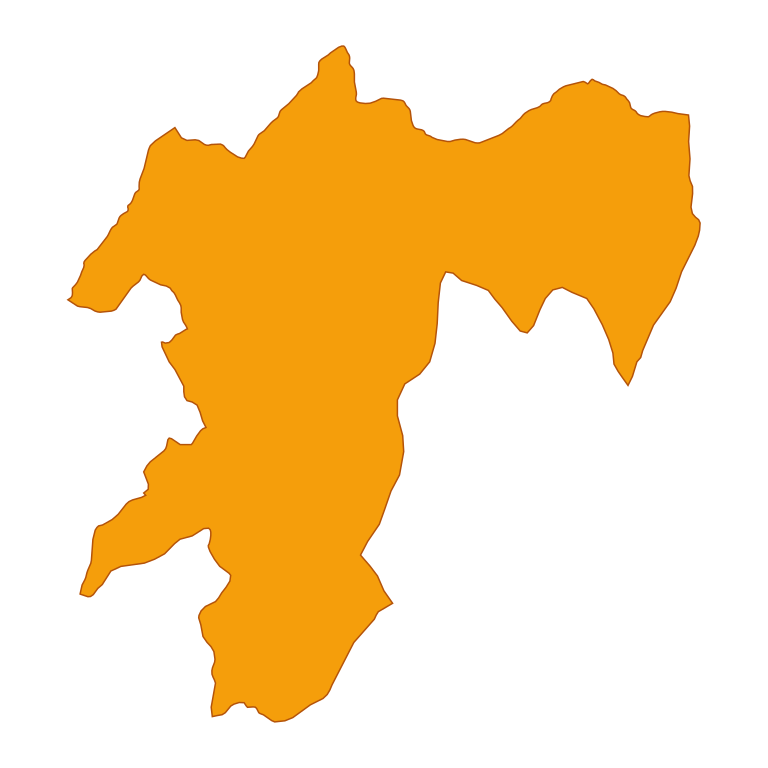 the Region of Pool
{"feature_id": "COG-3341", "entity_name": "Pool", "entity_type": "Region", "adm_level": 1, "iso_a3": "COG", "parent_name": "Republic of the Congo", "parent_adm1": "", "projection": "natural_earth1", "projection_center": [14.821, -3.811], "detail": "fine", "context": "isolated", "style": "filled", "palette": "amber", "viewbox_px": 768, "rotation_deg": 0, "n_neighbors": 0, "source": "natural_earth", "source_scale": "10m", "svg_char_len": 6013}
<svg xmlns="http://www.w3.org/2000/svg" viewBox="0 0 768 768"><path d="M688.5,115.0L689.6,126.1L688.6,141.5L690.0,158.9L688.9,175.6L690.1,180.7L692.5,186.5L692.6,193.6L691.0,207.1L692.4,213.6L695.5,217.2L698.6,219.7L700.1,223.0L699.6,230.2L698.3,236.0L694.8,245.3L681.6,271.7L676.1,288.2L670.2,301.7L653.5,325.1L642.7,350.5L640.7,357.5L636.9,361.8L632.4,376.5L628.0,385.4L622.5,377.7L618.2,371.5L614.0,364.1L612.9,353.0L608.7,339.5L602.3,324.7L593.8,308.7L586.8,298.5L571.9,292.3L562.3,287.4L552.8,289.9L545.3,298.5L540.0,309.6L533.6,325.6L527.2,332.9L520.2,331.0L511.7,321.1L502.1,307.6L494.7,299.0L488.3,290.4L476.6,285.4L461.6,280.5L453.1,273.1L445.7,271.9L440.4,283.0L438.2,302.7L437.2,323.6L435.0,343.3L429.7,361.8L419.7,374.1L404.8,383.9L397.4,399.9L397.4,415.9L402.7,435.6L403.7,451.6L399.5,475.0L391.0,491.0L384.6,509.5L379.3,524.3L367.6,541.5L360.5,555.1L370.1,566.2L377.5,576.0L383.9,590.8L392.6,603.3L378.3,611.7L376.2,615.1L374.4,619.1L353.8,642.5L332.0,684.9L329.9,689.9L327.2,694.5L323.0,698.5L310.4,704.8L292.8,717.6L284.9,720.8L274.7,721.9L271.7,720.6L263.4,714.8L260.0,713.5L258.8,712.7L256.7,708.6L255.4,707.2L253.2,706.9L247.5,707.3L246.3,706.0L244.1,702.7L239.2,702.5L234.0,704.1L230.8,706.0L225.3,712.7L222.1,714.7L217.0,715.6L212.3,716.6L211.2,707.2L215.5,683.1L214.4,679.9L213.1,677.2L212.0,674.2L211.9,670.6L212.5,667.7L214.6,662.2L215.0,659.3L213.9,651.6L211.0,646.6L207.0,642.3L203.0,636.5L200.8,624.7L198.7,617.8L199.0,615.4L201.1,610.9L205.4,606.5L215.5,601.6L218.7,597.8L221.6,593.0L226.1,587.2L229.9,581.1L230.7,575.3L229.0,573.2L219.7,566.3L214.5,559.3L210.1,551.6L208.4,547.1L208.3,545.5L209.2,543.8L210.3,539.4L210.8,535.4L210.8,532.1L210.2,529.7L208.6,528.2L203.7,528.6L192.2,535.9L180.0,539.2L174.6,543.6L164.6,553.8L154.6,559.2L144.4,563.1L120.9,566.4L110.9,571.0L103.1,583.2L102.6,584.1L102.0,584.8L97.8,588.4L93.3,594.6L90.5,596.5L87.9,596.7L80.1,594.1L80.1,593.9L82.1,585.0L84.9,579.7L85.8,577.4L86.9,572.9L87.7,570.5L90.8,563.3L91.4,560.3L92.9,539.4L95.2,530.2L95.8,529.2L97.0,527.4L98.6,525.9L102.5,525.0L112.1,519.6L118.2,514.3L126.2,504.1L129.0,501.6L132.6,499.9L141.5,497.4L145.7,495.3L143.7,493.0L148.2,489.3L148.4,484.2L143.7,471.9L146.9,465.9L150.3,461.8L163.9,450.9L165.7,448.6L166.6,446.0L167.9,439.7L169.2,438.1L171.5,438.7L180.2,444.6L191.3,444.6L192.6,443.1L196.7,436.0L200.6,430.7L202.8,428.8L206.0,427.5L202.6,420.8L200.1,412.3L197.1,405.1L192.1,402.0L187.0,400.6L184.5,396.8L183.8,391.7L183.8,386.2L175.0,369.6L169.2,361.9L162.1,346.9L161.5,342.2L162.6,342.0L165.3,343.1L169.2,342.5L171.7,340.2L175.5,335.1L177.5,334.1L179.5,333.5L186.2,329.3L187.4,328.9L186.7,327.2L185.5,325.0L183.5,322.0L182.5,319.4L181.2,312.3L181.2,307.8L180.8,305.5L179.6,303.0L177.7,300.0L175.3,294.9L173.9,292.6L171.8,290.6L170.2,288.1L166.3,286.0L160.6,284.8L150.4,280.0L148.6,278.6L145.4,275.0L143.7,274.3L141.9,275.9L139.9,280.3L138.4,282.0L133.1,286.1L131.0,288.1L116.0,309.2L113.9,310.3L111.4,311.1L100.1,312.2L97.7,311.9L94.9,311.0L90.8,308.6L87.5,307.5L80.0,306.7L77.5,306.1L67.9,299.8L71.0,297.7L71.7,296.7L72.3,295.4L72.5,292.7L72.3,289.3L72.3,288.4L72.7,287.7L75.6,284.6L77.4,282.2L80.5,275.5L81.7,272.0L83.7,267.5L84.1,265.5L84.0,264.1L83.8,263.5L83.9,262.9L84.1,261.9L85.1,260.4L90.8,254.2L94.9,250.9L96.7,249.9L97.3,249.4L107.2,236.6L108.3,234.7L110.1,230.9L111.2,228.9L112.4,227.3L116.7,224.3L117.2,223.5L119.1,218.0L120.0,216.5L121.1,215.4L123.6,213.6L127.1,211.7L128.0,210.7L128.2,208.8L127.8,207.5L127.8,206.1L128.2,205.4L129.8,204.2L131.1,202.8L132.4,200.5L134.7,194.0L135.6,192.5L138.2,190.6L139.1,189.6L139.2,188.5L139.1,186.2L139.3,182.1L140.1,178.9L144.1,168.4L148.5,150.0L149.4,147.7L150.4,145.6L155.4,140.9L174.9,127.6L181.4,137.8L186.9,140.4L195.2,139.8L198.8,140.5L204.5,144.5L206.6,145.2L208.4,145.3L211.4,144.5L220.4,144.1L221.9,144.7L223.3,145.5L224.3,146.5L225.1,147.6L227.1,149.7L230.3,152.2L237.6,156.9L241.7,158.2L244.2,158.3L245.2,157.2L248.4,151.1L252.5,146.4L254.1,144.0L258.0,135.8L258.8,134.7L259.6,134.0L264.3,130.7L270.7,123.3L272.8,121.3L277.2,118.0L277.8,117.3L278.4,116.5L279.7,112.4L280.0,111.6L280.5,110.8L281.5,109.7L288.8,103.7L296.5,95.4L298.1,92.9L298.5,92.0L301.9,88.9L311.2,82.8L313.4,80.5L316.1,78.2L316.4,77.8L316.7,77.4L317.0,76.7L317.7,74.9L318.6,71.0L318.7,69.8L318.7,64.2L318.9,62.4L320.0,60.7L321.7,59.1L328.2,55.0L330.6,52.8L338.6,47.3L341.7,46.1L343.8,46.1L344.8,47.1L345.5,48.3L347.4,52.5L349.0,54.9L349.5,56.4L349.7,58.1L349.3,63.2L349.8,64.6L350.6,65.7L352.5,67.7L353.3,68.9L353.9,70.3L354.2,72.1L354.4,74.0L354.4,82.0L356.3,92.1L356.4,93.6L356.4,94.5L355.8,97.4L355.7,99.1L356.0,100.7L357.5,102.1L360.1,102.9L365.4,103.5L370.1,103.2L375.6,101.3L381.5,98.4L383.5,98.2L400.5,100.1L402.9,100.8L404.0,101.7L404.8,102.9L406.1,105.5L409.0,108.5L409.8,109.8L410.3,111.3L411.4,120.6L413.0,125.3L413.7,126.6L414.6,127.7L415.8,128.5L417.3,129.0L421.6,129.8L423.1,130.5L424.2,131.4L424.7,132.4L425.0,133.2L425.2,133.6L425.6,134.2L426.6,134.9L429.9,136.0L430.9,136.5L431.9,137.3L437.1,139.5L447.5,141.5L450.2,141.5L455.0,140.1L460.3,139.3L463.2,139.2L465.5,139.5L475.2,142.8L477.6,143.0L479.6,142.9L498.8,135.4L502.2,133.6L508.8,128.4L510.4,127.5L512.4,125.9L516.3,121.8L518.4,119.9L519.5,119.1L520.5,118.2L523.3,114.8L525.0,113.2L528.8,110.7L531.4,109.5L537.3,107.7L539.5,106.6L540.2,106.1L541.7,104.5L542.7,103.9L544.2,103.4L547.6,102.7L549.4,101.8L550.7,100.5L551.1,98.9L552.3,96.0L553.0,94.9L554.0,93.6L556.4,91.9L559.4,89.2L563.5,86.8L565.9,85.8L583.2,81.5L584.9,82.1L587.6,83.8L588.5,83.3L590.5,80.6L592.1,79.3L593.4,79.8L594.8,80.9L599.0,82.4L602.4,84.3L605.6,85.0L612.9,88.4L616.1,90.7L619.1,93.7L620.2,94.4L621.5,95.0L623.0,95.4L624.3,96.1L625.4,97.0L627.0,99.4L628.0,100.4L628.8,101.5L629.6,102.8L630.8,107.7L631.7,108.8L632.9,109.6L634.2,110.2L635.4,111.0L636.3,112.0L637.1,113.3L638.5,114.5L640.6,115.6L644.9,116.5L648.3,116.8L648.9,116.5L649.7,116.0L650.6,115.2L652.3,114.1L654.8,113.1L659.8,111.8L662.7,111.4L665.1,111.4L671.9,112.2L677.9,113.6L688.5,115.0Z" fill="#f59e0b" stroke="#b45309" stroke-width="1.5"/></svg>